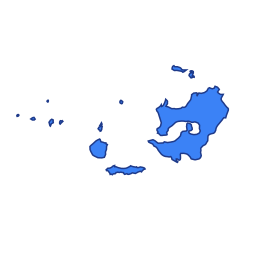 Kagoshima, Robinson projection, rotated 71°
{"feature_id": "JPN-3501", "entity_name": "Kagoshima", "entity_type": "Prefecture", "adm_level": 1, "iso_a3": "JPN", "parent_name": "Japan", "parent_adm1": "", "projection": "robinson", "projection_center": [130.414, 30.803], "detail": "fine", "context": "isolated", "style": "filled", "palette": "blue", "viewbox_px": 256, "rotation_deg": 71, "n_neighbors": 0, "source": "natural_earth", "source_scale": "10m", "svg_char_len": 5682}
<svg xmlns="http://www.w3.org/2000/svg" viewBox="0 0 256 256"><g transform="rotate(71 128 128)"><path d="M177.8,78.3L176.5,78.5L175.2,78.8L172.8,80.0L171.9,80.7L171.2,81.6L170.1,83.5L169.2,86.4L169.9,87.1L172.1,87.7L173.6,88.2L174.9,88.9L175.1,89.8L174.9,90.4L173.5,91.3L173.0,92.4L174.2,92.9L176.2,91.9L176.6,92.6L172.1,96.6L170.4,96.5L168.9,96.9L168.8,98.5L168.2,99.5L167.1,101.8L166.4,102.8L165.6,103.6L164.6,104.4L163.6,105.0L162.5,105.4L160.2,106.2L158.6,106.7L157.0,106.9L155.3,107.6L154.2,108.5L153.8,109.2L151.1,109.9L149.2,112.0L148.1,113.0L146.9,113.1L147.2,108.2L148.8,106.7L151.3,105.1L152.2,104.4L153.6,99.5L152.9,98.2L154.6,95.4L155.1,92.9L155.6,89.2L155.5,87.8L154.7,85.7L153.9,83.5L152.5,81.0L149.7,79.2L149.0,77.3L149.8,74.1L149.2,72.8L145.5,72.1L144.4,71.4L143.8,71.3L143.1,70.8L142.7,69.8L144.1,67.9L145.6,67.1L147.1,67.4L148.7,67.3L150.2,67.7L150.9,69.0L150.7,71.0L150.9,71.5L151.8,71.8L152.6,71.8L153.2,71.5L154.3,70.3L155.7,67.9L156.4,65.0L156.0,62.3L154.3,60.6L151.9,60.7L148.6,59.4L146.0,60.2L144.0,62.7L143.9,63.4L143.6,65.3L143.4,65.9L141.7,67.9L141.2,68.7L140.6,71.3L139.6,73.1L138.8,75.2L138.1,78.3L138.0,79.7L138.2,81.2L140.1,85.5L140.9,88.5L141.6,90.0L142.6,90.6L143.4,90.9L144.7,92.9L147.0,93.2L147.1,94.2L146.4,96.8L146.2,98.0L145.7,99.5L144.7,100.1L143.5,100.6L142.4,101.8L141.6,100.9L140.9,101.0L140.2,101.3L139.3,101.3L138.3,100.8L138.0,100.3L138.0,99.3L137.4,97.6L136.6,96.5L133.9,94.8L124.2,94.5L122.8,94.6L121.2,95.2L119.5,95.1L118.9,94.0L118.7,92.6L118.3,91.5L117.7,90.0L116.8,89.0L117.6,89.1L118.6,89.2L118.6,88.4L117.9,87.1L116.3,85.4L114.4,83.8L113.1,83.0L114.7,82.2L115.2,82.0L115.8,82.0L116.6,82.4L117.1,82.5L117.9,82.8L119.1,84.3L119.9,85.0L121.0,83.3L124.0,80.3L124.7,77.9L125.5,76.7L126.2,74.1L126.6,71.6L126.0,69.8L126.8,68.2L126.7,66.8L126.0,65.6L124.3,63.6L121.9,59.8L121.1,59.1L118.1,57.3L117.2,57.0L117.0,56.3L116.4,54.6L117.0,51.9L117.6,51.3L119.6,52.1L120.4,52.5L118.7,50.7L118.0,49.6L119.1,47.5L119.4,44.3L119.0,42.7L118.5,41.1L117.8,40.5L117.5,40.1L116.6,39.1L116.5,37.7L117.3,37.0L118.4,35.4L118.4,33.6L116.9,32.1L118.6,30.1L121.2,29.1L123.1,31.6L124.3,31.2L125.7,30.2L126.4,29.5L126.6,29.0L127.2,27.0L127.3,27.1L127.9,27.7L129.6,29.6L130.3,30.2L131.2,30.6L132.2,30.6L133.8,30.2L135.2,29.6L138.5,28.6L139.4,28.2L140.2,27.9L140.9,27.6L141.6,27.1L142.6,26.9L143.9,27.4L147.9,30.7L150.2,32.3L149.5,34.1L150.2,35.3L150.8,36.0L154.7,42.4L155.9,43.9L157.2,45.0L158.7,45.8L160.3,47.4L160.8,48.7L160.5,52.1L160.8,53.8L161.3,54.6L161.8,55.1L166.1,56.8L166.8,57.8L168.4,59.6L168.8,60.3L168.9,60.9L169.0,61.6L169.1,62.4L169.3,63.1L170.5,65.4L171.3,66.0L172.8,66.3L174.6,67.3L175.0,67.4L175.6,67.5L176.2,67.5L178.1,67.8L179.3,68.8L180.0,69.8L180.3,70.7L180.3,71.4L180.1,73.2L180.0,74.4L179.7,75.3L178.1,77.8L177.9,78.2L177.8,78.3ZM148.0,159.9L147.7,162.5L146.3,166.1L143.5,169.0L141.9,170.2L139.9,170.5L138.1,170.8L136.1,170.9L133.1,170.0L132.4,168.7L131.4,166.1L129.8,162.5L129.4,160.5L129.2,158.4L129.8,158.1L132.2,158.1L133.3,156.3L134.5,154.9L134.9,153.7L136.2,153.8L136.9,152.9L138.5,154.3L141.2,155.3L143.3,157.1L145.7,157.8L148.0,159.9ZM171.7,125.3L172.3,125.2L172.3,126.4L173.0,128.3L173.9,129.5L172.9,130.5L172.9,132.9L173.4,135.8L171.8,138.5L172.1,140.0L172.1,142.3L171.7,143.3L170.8,143.9L170.8,145.2L170.7,146.3L169.6,146.8L168.7,146.8L168.1,148.1L167.4,149.1L167.2,150.8L166.4,152.1L166.4,153.2L166.2,153.8L166.7,154.3L167.1,155.2L166.7,156.1L166.5,156.8L167.1,158.0L166.1,159.0L166.1,160.0L164.9,159.9L163.7,160.3L162.6,160.5L161.6,161.3L161.3,162.2L160.3,162.2L160.1,161.4L159.5,160.5L159.7,159.5L160.0,158.2L159.8,156.2L159.2,155.0L159.0,153.4L159.1,152.8L159.7,153.1L160.3,153.2L160.7,152.0L162.2,150.3L164.0,147.5L164.8,145.4L165.3,143.5L165.4,142.4L165.2,140.1L164.9,139.1L165.0,138.3L164.6,137.8L165.5,136.8L166.3,135.6L167.5,133.5L167.5,132.6L168.4,132.3L168.9,130.6L168.8,129.1L170.1,126.8L170.9,125.9L171.2,125.5L171.7,125.3ZM92.1,53.9L92.5,55.1L93.0,56.6L93.1,58.0L92.2,58.5L91.6,59.2L89.4,63.1L88.7,65.5L88.0,66.0L86.6,67.2L85.4,66.6L84.3,65.7L84.0,64.3L85.3,63.8L86.2,61.3L87.9,59.1L88.8,58.5L90.2,58.1L91.1,56.9L91.6,55.4L92.1,53.9ZM101.5,48.9L101.2,49.2L101.1,49.5L101.2,49.9L101.1,50.5L101.2,50.9L101.3,51.2L101.3,51.4L101.2,51.9L100.8,52.4L100.2,52.5L99.6,52.6L98.7,53.1L97.9,53.1L97.4,52.5L97.1,52.4L96.8,52.1L96.7,51.8L96.5,51.3L96.1,50.7L96.0,50.1L96.5,49.8L96.3,49.6L95.6,49.9L95.1,50.7L94.6,50.8L94.4,50.5L94.4,50.1L94.6,49.2L95.1,48.4L95.9,47.9L97.2,48.3L99.5,50.3L100.0,50.5L100.2,50.1L99.9,49.3L100.2,48.9L101.2,48.7L101.5,48.9ZM119.4,152.7L120.8,153.3L122.0,154.5L122.0,155.4L120.7,155.4L120.1,156.2L118.9,156.5L117.7,155.0L117.7,154.1L117.5,153.4L116.4,153.9L115.8,152.9L115.1,152.2L114.4,151.4L115.9,151.3L117.5,152.3L118.2,151.9L119.4,152.7ZM98.7,197.0L99.0,199.1L100.9,200.7L100.5,200.9L100.4,201.1L96.8,200.8L96.1,199.7L95.4,198.9L94.9,197.2L96.1,196.1L97.6,196.8L97.9,196.7L98.1,196.7L98.4,196.8L98.7,197.0ZM87.4,213.4L89.4,212.9L89.9,214.1L89.3,215.8L87.8,217.0L87.3,215.3L87.2,214.3L87.4,213.4ZM102.2,124.9L102.9,125.5L103.0,126.1L102.4,126.8L101.7,127.3L101.0,127.3L100.0,126.8L99.9,126.6L99.9,126.3L99.5,125.7L99.8,125.4L100.3,125.1L100.9,124.6L101.3,124.4L101.8,124.6L102.2,124.9ZM101.9,190.3L102.0,190.6L102.2,190.8L101.7,191.2L100.7,190.9L100.0,190.6L99.4,189.9L99.2,189.8L99.1,189.5L99.2,189.2L99.4,188.9L99.9,188.3L99.7,187.8L100.0,187.7L100.5,187.4L100.9,188.2L101.3,189.1L101.9,190.3ZM79.6,228.6L79.4,228.0L79.6,227.3L80.1,227.0L80.4,227.2L80.7,227.2L80.8,227.5L81.1,228.2L80.9,229.1L80.1,229.1L79.6,228.6ZM75.7,195.0L75.7,194.5L76.2,194.4L76.7,194.6L77.1,194.9L77.4,195.3L77.2,195.6L76.4,195.9L76.0,195.6L75.7,195.0Z" fill="#3b82f6" stroke="#1e3a8a" stroke-width="1.5"/></g></svg>